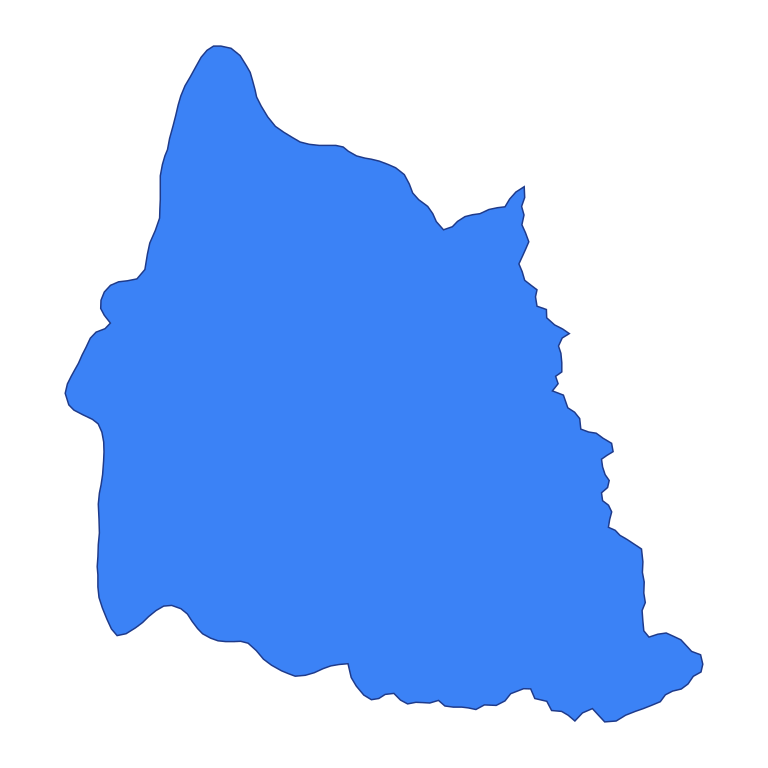 the district of Josenópolis, Minas Gerais, Brazil
{"feature_id": "56859067B6058269731214", "entity_name": "Josenópolis", "entity_type": "district", "adm_level": 2, "iso_a3": "BRA", "parent_name": "Brazil", "parent_adm1": "Minas Gerais", "projection": "albers", "projection_center": [-42.539, -16.52], "detail": "fine", "context": "isolated", "style": "filled", "palette": "blue", "viewbox_px": 768, "rotation_deg": 0, "n_neighbors": 0, "source": "geoboundaries", "source_scale": "gbopen_adm2", "svg_char_len": 3237}
<svg xmlns="http://www.w3.org/2000/svg" viewBox="0 0 768 768"><path d="M574.9,721.0L582.5,712.9L592.4,708.6L598.1,714.8L604.7,721.9L616.2,721.0L625.6,715.2L635.5,711.3L643.0,708.7L651.4,705.4L660.3,701.7L665.4,694.8L672.6,691.1L681.3,689.0L688.0,684.0L693.3,676.3L701.0,672.0L702.8,664.2L700.6,654.8L691.6,651.4L685.9,645.2L680.9,639.8L673.7,636.4L666.2,633.0L657.8,634.2L649.0,637.1L643.8,630.8L642.8,620.3L642.1,610.5L645.3,602.6L643.8,593.0L644.2,582.0L642.4,572.4L642.9,561.9L641.5,549.0L633.2,543.5L626.8,539.3L619.9,535.3L615.2,530.3L608.4,527.3L609.7,519.4L611.7,511.9L608.5,505.2L602.6,500.7L601.5,492.8L607.6,487.5L609.2,480.5L605.1,474.6L602.6,467.0L601.5,459.2L606.9,455.4L613.1,451.6L611.6,443.3L603.0,438.2L596.2,433.2L588.6,432.0L580.8,429.1L579.7,418.6L574.6,412.2L567.8,407.8L563.4,395.1L552.4,390.9L558.1,383.7L555.6,376.3L561.8,371.9L561.8,362.8L560.9,353.3L558.5,346.0L562.2,338.0L569.3,333.6L562.8,329.1L554.6,324.9L546.7,317.8L546.4,309.5L537.0,306.2L535.5,296.8L537.0,289.8L530.8,285.1L524.7,280.3L522.2,271.7L518.9,263.9L522.6,255.9L525.8,248.8L528.8,241.8L525.5,232.8L521.9,224.8L524.0,215.0L521.6,206.4L524.7,197.5L524.2,186.7L515.9,192.0L509.6,199.1L505.0,206.8L497.5,207.7L488.9,209.5L479.9,213.7L472.6,214.7L465.0,216.6L457.5,221.4L452.4,226.7L443.5,229.8L436.3,221.6L432.8,213.7L427.7,206.4L418.7,199.7L412.7,193.0L409.3,184.0L404.3,174.6L395.7,167.8L388.2,164.5L379.2,161.1L371.3,159.2L364.9,158.1L356.5,155.9L348.4,151.3L343.2,147.0L335.8,145.4L326.4,145.4L319.1,145.4L309.2,144.3L300.1,142.0L291.9,137.2L283.7,132.2L275.4,126.4L267.8,117.0L261.2,106.1L256.6,97.0L255.1,90.0L252.6,80.7L250.2,72.4L246.5,65.9L240.1,55.6L231.1,48.3L221.0,46.1L213.5,46.1L207.0,50.3L201.1,57.3L195.8,66.8L190.3,76.8L185.0,85.8L180.8,96.0L178.2,104.9L175.8,115.2L173.1,125.7L169.6,138.4L167.5,149.6L164.9,155.9L162.4,164.5L160.3,175.8L160.3,186.7L160.3,199.4L159.9,208.5L159.6,218.1L155.3,230.5L149.8,243.0L147.4,254.2L144.9,269.5L136.9,278.9L127.3,280.8L118.6,281.8L110.5,285.3L104.3,292.0L101.0,300.2L100.7,308.5L104.3,315.3L110.4,323.1L105.0,328.7L96.1,332.1L90.3,338.2L86.0,347.4L82.1,355.0L78.5,363.2L74.5,370.3L71.2,376.3L67.4,383.9L65.2,393.3L68.8,404.9L73.9,410.1L83.1,414.9L92.5,419.4L98.2,423.9L101.9,432.2L103.7,442.0L104.0,451.9L103.6,461.0L102.6,474.6L101.1,484.7L99.4,493.0L98.3,504.1L99.0,519.1L99.4,533.0L98.3,544.5L97.9,556.9L97.2,566.7L97.9,574.9L97.9,587.0L99.0,597.5L102.4,608.0L106.9,619.1L111.4,628.9L117.1,635.6L126.1,633.7L135.4,627.9L142.6,622.5L148.6,616.6L156.1,610.5L163.7,606.1L171.7,605.4L180.9,608.7L187.4,614.0L192.1,621.3L197.6,628.6L202.6,633.8L210.7,638.2L218.0,640.8L225.8,641.6L233.7,641.6L240.7,641.3L248.1,643.2L256.3,650.6L263.5,659.2L271.5,665.2L281.5,670.8L288.0,673.5L295.2,676.2L305.3,675.3L314.3,672.7L323.2,668.6L330.8,665.9L339.0,664.5L348.0,663.7L351.2,677.5L356.3,686.1L363.8,695.1L371.4,699.7L378.8,698.5L385.2,694.4L393.9,693.4L400.5,700.1L407.6,703.9L415.9,702.3L422.7,702.6L429.8,703.0L438.5,700.4L444.9,706.0L453.2,707.1L461.7,707.1L468.3,707.9L475.9,709.5L484.4,704.9L496.2,705.4L505.0,700.9L510.7,693.7L517.4,691.1L523.6,688.7L530.7,688.9L534.8,698.5L546.8,701.3L551.6,710.5L561.6,711.4L568.1,715.2L574.9,721.0Z" fill="#3b82f6" stroke="#1e3a8a" stroke-width="1.5"/></svg>